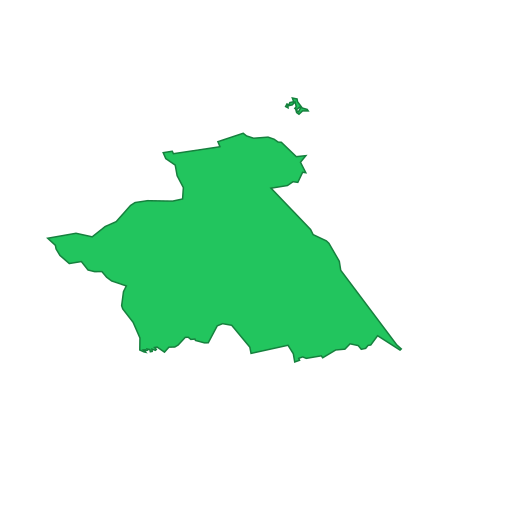 the district of Galway City Central Lea-6, Galway, Ireland, rotated 220°
{"feature_id": "5873133B36266904868513", "entity_name": "Galway City Central Lea-6", "entity_type": "district", "adm_level": 2, "iso_a3": "IRL", "parent_name": "Ireland", "parent_adm1": "Galway", "projection": "equal_earth", "projection_center": [-9.064, 53.286], "detail": "fine", "context": "isolated", "style": "filled", "palette": "green", "viewbox_px": 512, "rotation_deg": 220, "n_neighbors": 0, "source": "geoboundaries", "source_scale": "gbopen_adm2", "svg_char_len": 1825}
<svg xmlns="http://www.w3.org/2000/svg" viewBox="0 0 512 512"><g transform="rotate(220 256 256)"><path d="M427.0,135.7L416.5,135.2L413.7,132.9L406.5,130.4L394.2,130.2L386.2,139.5L375.7,137.3L369.7,140.2L364.0,145.0L356.7,143.7L350.5,144.1L336.1,149.7L334.6,143.5L327.0,131.6L324.1,129.8L307.5,126.2L292.2,118.6L284.6,109.3L280.2,110.5L278.7,111.3L281.9,111.7L280.6,112.9L280.0,112.0L278.6,114.1L279.7,114.7L277.2,116.1L275.4,114.7L274.2,116.2L275.8,117.8L272.4,119.1L272.3,120.4L274.9,120.7L273.2,122.7L264.3,123.5L264.1,130.2L259.7,134.1L258.4,137.8L257.9,148.2L255.7,150.2L252.3,150.2L249.4,153.1L248.1,152.4L239.7,156.3L236.8,158.8L240.8,177.6L238.1,182.7L230.1,187.3L202.1,182.2L197.2,178.2L174.1,208.2L164.6,205.1L158.2,199.7L155.6,204.1L157.5,205.0L155.4,208.7L151.7,209.9L141.8,221.5L139.5,220.9L134.5,235.3L128.0,241.8L127.5,249.2L120.1,253.1L115.4,252.2L112.6,255.7L112.7,259.6L110.9,261.6L111.6,273.1L85.2,276.5L85.0,278.2L91.1,278.4L181.9,299.5L188.8,305.5L208.3,312.6L211.8,312.8L226.0,309.1L231.2,311.4L288.1,317.6L277.2,330.2L275.4,336.7L271.3,339.3L274.1,350.1L271.4,351.8L282.2,356.4L282.3,364.9L289.0,358.0L309.7,359.4L312.2,357.5L317.2,357.1L323.2,354.8L333.5,344.7L340.5,341.9L344.7,341.8L358.7,319.1L353.9,316.6L355.0,315.2L385.0,281.3L387.5,282.4L393.5,275.5L387.7,272.6L376.3,273.7L368.0,266.8L355.6,261.7L348.9,252.5L355.2,244.4L374.7,228.6L383.0,219.2L384.6,214.1L385.2,192.4L390.5,181.6L393.8,165.4L408.5,157.7L427.0,135.7ZM325.4,395.0L325.1,399.1L321.2,396.3L321.1,394.0L319.0,394.3L318.3,398.1L317.0,398.2L316.2,393.9L319.0,393.3L317.1,392.0L314.2,392.2L313.6,397.1L309.3,400.7L311.0,401.2L315.7,399.1L323.4,400.9L325.5,402.7L329.7,400.4L326.3,398.4L328.7,395.3L327.9,392.9L330.0,392.4L329.4,389.5L326.7,390.1L328.1,391.5L325.4,395.0Z" fill="#22c55e" stroke="#15803d" stroke-width="1.5"/></g></svg>